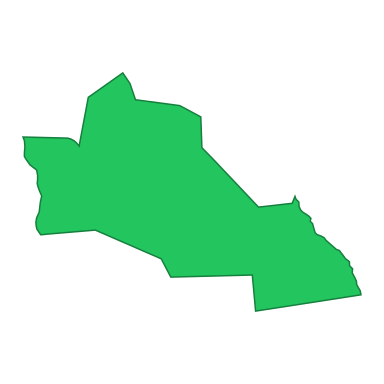 Jardim do Mulato, Piauí, Brazil (Robinson projection)
{"feature_id": "56859067B52295682462002", "entity_name": "Jardim do Mulato", "entity_type": "district", "adm_level": 2, "iso_a3": "BRA", "parent_name": "Brazil", "parent_adm1": "Piauí", "projection": "robinson", "projection_center": [-42.519, -6.135], "detail": "fine", "context": "isolated", "style": "filled", "palette": "green", "viewbox_px": 384, "rotation_deg": 0, "n_neighbors": 0, "source": "geoboundaries", "source_scale": "gbopen_adm2", "svg_char_len": 1055}
<svg xmlns="http://www.w3.org/2000/svg" viewBox="0 0 384 384"><path d="M40.8,234.8L47.6,234.1L95.3,230.1L161.2,258.8L170.8,277.1L241.8,275.3L252.3,275.0L255.6,311.1L361.0,294.8L360.2,290.8L356.7,284.6L356.4,281.1L354.9,277.8L352.2,272.8L352.6,268.8L349.6,265.8L349.4,261.7L345.4,258.6L342.9,255.1L341.1,252.8L339.4,250.5L336.3,249.4L328.5,242.5L326.1,240.4L324.1,237.7L321.0,236.0L317.0,234.6L315.1,232.6L313.8,228.2L312.5,223.5L310.2,221.3L310.9,218.3L308.7,216.0L302.3,211.8L300.5,209.7L299.1,206.6L298.8,202.0L296.0,199.2L295.0,196.4L292.2,203.3L258.5,207.1L222.5,169.1L214.4,160.5L201.9,147.7L200.8,116.9L179.7,105.6L138.1,100.1L135.5,99.8L130.0,83.6L122.8,72.9L88.3,97.3L79.1,146.1L76.8,143.2L74.3,140.9L70.6,138.9L67.5,138.1L23.0,137.0L24.4,140.6L24.9,146.6L24.4,152.8L24.4,156.5L26.2,159.5L30.0,164.9L33.2,167.4L36.6,170.0L37.6,175.2L37.6,179.5L37.2,183.6L38.2,187.4L39.7,191.4L41.7,195.9L40.4,201.8L39.8,206.7L39.2,212.1L36.6,217.9L35.9,222.3L36.2,226.0L37.0,229.3L39.1,232.4L40.8,234.8Z" fill="#22c55e" stroke="#15803d" stroke-width="1.5"/></svg>